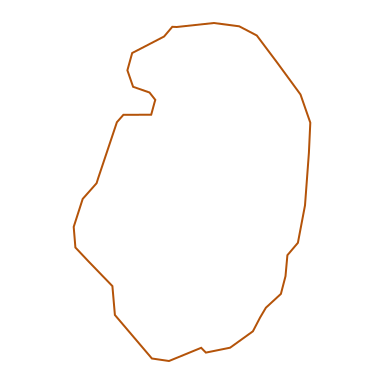 the district of Inkisi, Bas-Congo, Democratic Republic of the Congo
{"feature_id": "63176286B22382339186814", "entity_name": "Inkisi", "entity_type": "district", "adm_level": 2, "iso_a3": "COD", "parent_name": "Democratic Republic of the Congo", "parent_adm1": "Bas-Congo", "projection": "albers", "projection_center": [15.093, -5.139], "detail": "fine", "context": "isolated", "style": "outline", "palette": "amber", "viewbox_px": 384, "rotation_deg": 0, "n_neighbors": 0, "source": "geoboundaries", "source_scale": "gbopen_adm2", "svg_char_len": 646}
<svg xmlns="http://www.w3.org/2000/svg" viewBox="0 0 384 384"><path d="M205.9,352.6L230.1,347.7L252.9,331.3L260.1,317.5L265.9,307.7L280.9,293.9L285.5,276.2L287.4,255.2L297.9,242.8L305.0,205.4L308.9,152.9L310.3,122.7L300.5,94.5L277.0,62.4L256.8,35.5L239.2,26.3L213.8,23.0L176.7,27.0L172.3,26.8L164.1,36.5L132.2,53.0L131.4,55.8L127.4,70.3L131.6,82.5L133.1,86.8L149.5,92.5L155.3,99.9L154.6,102.2L151.2,114.7L132.7,114.8L123.4,114.8L116.9,122.2L98.2,178.1L96.6,183.2L82.7,198.9L73.7,226.9L75.4,247.5L88.6,261.5L112.4,286.1L114.9,315.0L151.9,358.5L169.0,361.0L201.2,347.8L203.5,350.2L205.9,352.6Z" fill="none" stroke="#b45309" stroke-width="2"/></svg>